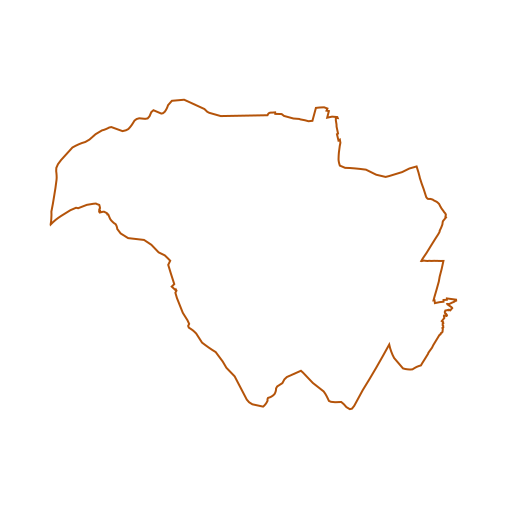 outline of Zorlentu Mare, Caras-Severin, Romania, rotated 78°
{"feature_id": "2599482B11018048570777", "entity_name": "Zorlentu Mare", "entity_type": "district", "adm_level": 2, "iso_a3": "ROU", "parent_name": "Romania", "parent_adm1": "Caras-Severin", "projection": "orthographic", "projection_center": [21.979, 45.459], "detail": "fine", "context": "isolated", "style": "outline", "palette": "amber", "viewbox_px": 512, "rotation_deg": 78, "n_neighbors": 0, "source": "geoboundaries", "source_scale": "gbopen_adm2", "svg_char_len": 5362}
<svg xmlns="http://www.w3.org/2000/svg" viewBox="0 0 512 512"><g transform="rotate(78 256 256)"><path d="M404.8,280.4L404.1,279.1L403.2,277.9L402.3,276.8L401.2,275.8L400.0,274.8L399.2,274.7L398.5,274.5L397.9,274.2L397.3,273.7L397.1,271.7L396.9,270.8L396.6,269.9L396.3,269.1L395.9,268.2L395.4,267.4L394.9,266.6L393.8,265.7L392.5,264.9L391.2,264.3L389.7,263.9L388.0,262.4L385.8,256.6L382.6,253.9L380.8,251.0L377.6,235.9L379.8,234.3L392.0,226.8L402.5,218.0L405.1,216.9L407.6,216.1L410.3,215.4L412.9,214.8L414.2,213.0L415.5,208.9L416.5,203.0L417.9,201.9L419.4,200.8L421.0,199.9L422.6,199.0L425.3,196.1L425.3,193.9L423.0,191.1L409.4,179.5L399.8,170.4L390.1,161.5L380.3,152.8L370.3,144.1L373.9,144.0L377.5,143.6L381.0,143.0L384.5,142.1L396.5,135.6L397.6,133.4L398.4,131.2L399.1,128.8L399.4,126.5L398.6,124.3L397.9,122.0L397.5,119.7L397.3,117.4L395.5,115.8L391.9,112.3L387.3,107.9L386.6,107.6L385.1,106.0L382.3,102.9L380.0,101.1L374.7,96.1L371.5,93.1L371.5,92.9L371.2,92.5L371.1,92.0L371.0,91.8L370.8,91.6L370.5,91.5L370.3,91.5L370.1,91.3L369.8,90.9L369.7,90.6L369.5,89.9L368.9,89.3L367.5,88.9L367.1,88.7L366.0,88.4L365.5,88.4L365.2,88.6L365.0,88.2L364.9,87.9L364.7,87.6L364.1,87.6L363.6,87.5L363.3,87.4L363.0,87.5L362.7,87.8L361.5,87.6L361.2,87.5L360.9,87.4L360.9,87.1L360.8,86.8L360.6,86.8L360.1,86.9L359.6,86.7L359.2,86.9L358.9,87.3L358.3,87.8L355.8,84.7L355.4,84.7L355.1,84.6L354.6,84.7L354.0,84.7L353.5,84.6L353.3,84.4L353.4,83.7L353.9,82.9L354.3,82.1L354.2,81.9L353.7,81.5L352.9,81.8L352.4,82.0L352.1,82.1L351.7,82.4L351.4,82.7L351.1,83.0L350.8,83.0L350.2,83.0L349.8,82.9L349.3,82.5L348.7,82.1L348.8,80.8L348.7,79.8L349.1,79.1L348.9,78.7L348.7,78.4L349.2,77.9L349.6,77.4L349.3,76.9L348.0,75.3L347.8,74.9L347.5,74.9L346.6,75.5L343.1,78.8L342.7,78.9L342.7,78.5L343.1,77.5L343.1,76.8L342.8,75.5L342.4,74.0L342.1,72.4L341.9,71.5L341.6,71.4L341.4,70.8L341.4,70.3L341.4,69.8L341.3,69.5L340.3,69.4L337.2,78.1L338.5,78.4L338.0,81.7L339.7,82.1L339.3,86.2L339.3,90.8L336.4,90.6L336.3,91.6L333.0,89.9L326.3,86.3L319.0,82.5L314.3,80.6L307.3,77.1L299.8,73.7L299.3,76.2L299.0,77.5L298.8,78.3L298.2,80.8L297.7,83.0L297.3,85.6L296.8,87.2L296.6,88.4L296.6,89.1L296.3,90.1L296.1,90.7L295.8,91.7L295.4,92.6L295.4,95.2L295.3,95.4L293.0,93.3L288.4,88.5L282.0,82.4L276.3,76.9L272.8,73.4L271.0,71.8L270.3,71.3L270.0,71.2L269.5,71.1L268.6,70.4L266.9,69.1L264.5,67.5L263.8,67.1L261.8,66.4L261.1,66.1L260.6,65.7L257.8,62.2L257.7,62.3L257.5,62.7L257.3,62.7L256.7,62.4L256.4,62.1L256.1,62.0L255.8,62.0L255.4,62.0L255.0,61.8L254.9,61.7L254.4,61.8L253.7,62.0L253.1,62.3L252.8,62.5L252.1,62.9L251.0,63.3L249.3,64.1L247.7,64.8L247.3,64.9L246.3,65.2L245.9,65.4L245.0,65.6L243.9,65.9L243.1,66.1L241.1,67.5L240.3,68.3L239.6,69.2L239.0,70.0L238.4,70.7L237.5,71.5L237.0,72.5L236.5,73.3L236.2,74.6L236.0,75.5L235.7,76.2L235.4,76.4L234.0,77.2L232.2,77.4L225.3,78.1L219.6,78.9L215.6,79.3L213.9,79.5L212.3,79.5L210.5,79.6L208.1,79.7L204.9,80.0L201.8,80.3L202.3,87.8L204.3,95.6L205.5,109.3L205.6,112.8L201.5,121.5L194.4,130.5L192.4,136.3L190.9,141.0L189.5,145.7L188.3,150.5L185.0,155.2L183.9,155.3L182.4,155.4L180.9,155.4L179.4,155.3L178.3,155.1L175.1,154.3L172.0,153.4L168.9,152.3L165.8,151.2L162.8,149.9L159.6,149.8L160.2,151.3L153.7,151.5L153.3,150.3L149.2,150.3L146.3,150.3L144.0,149.9L139.9,149.7L137.5,149.2L138.1,147.4L137.0,147.6L135.5,152.6L135.5,157.6L129.4,154.6L128.5,156.8L126.6,155.5L124.7,158.5L124.0,162.8L123.9,163.6L123.6,166.6L135.5,172.7L135.3,174.6L135.1,176.6L133.5,179.7L133.1,180.6L131.6,184.2L130.9,185.3L129.3,190.8L124.8,199.5L122.5,201.4L122.0,203.4L121.0,207.6L119.5,207.4L119.2,209.7L118.8,211.9L118.8,213.2L119.4,214.4L120.7,215.5L111.8,261.4L106.2,272.0L104.8,273.7L101.5,275.9L88.2,293.8L86.7,306.0L90.2,310.7L91.7,311.6L93.1,312.6L94.4,313.7L95.7,315.0L95.9,315.2L97.0,317.3L97.0,319.0L92.1,326.0L93.5,328.5L97.2,331.1L98.9,333.4L98.8,335.9L97.0,341.6L97.2,344.3L98.3,346.7L100.2,348.5L102.1,350.4L103.8,352.4L105.3,354.5L106.0,357.1L106.1,360.6L99.8,370.7L99.8,372.9L100.3,374.7L100.7,376.6L101.0,378.6L101.1,380.5L103.5,387.6L107.5,394.7L109.0,399.3L109.3,402.8L109.9,406.2L110.7,409.6L111.7,413.0L121.5,426.6L125.0,430.6L128.3,433.0L131.4,433.8L133.6,434.0L135.8,434.3L138.0,434.7L140.1,435.3L147.7,438.0L155.2,440.9L162.6,443.8L170.0,446.9L173.2,447.5L176.3,448.3L179.5,449.2L182.4,450.3L182.5,450.3L180.7,447.5L179.0,444.5L177.6,441.5L176.3,438.3L172.6,428.0L171.4,422.0L172.3,420.0L172.0,418.3L170.8,410.8L171.1,404.2L171.4,401.7L172.3,400.6L173.4,398.7L174.7,398.6L176.0,398.6L176.7,398.6L177.8,399.6L179.0,399.9L179.3,399.3L179.3,399.1L179.6,399.1L179.6,399.4L179.9,399.6L180.2,399.9L180.3,400.1L180.6,400.0L181.0,399.8L180.9,396.6L181.1,395.4L182.8,393.3L183.0,393.0L184.4,392.7L184.4,392.3L184.6,391.9L189.3,391.0L191.0,390.3L192.6,389.3L194.0,388.3L194.8,387.6L195.5,386.8L196.9,386.3L198.2,386.1L199.5,386.0L200.7,386.1L205.8,383.7L211.9,377.4L217.0,362.2L223.3,356.0L232.2,350.5L236.4,345.1L238.9,343.4L240.1,342.6L242.8,340.9L246.4,343.7L255.6,342.9L266.5,341.8L268.4,344.8L272.4,342.0L272.0,341.4L273.4,341.0L273.8,341.4L275.2,342.5L280.6,342.1L296.4,339.4L304.6,336.4L308.5,335.5L310.3,336.9L312.1,336.6L313.8,334.9L315.5,333.3L317.4,331.9L319.4,330.6L329.5,326.8L332.6,324.1L335.7,321.3L338.7,318.4L341.6,315.4L352.3,310.5L359.2,308.2L369.3,301.9L394.5,294.9L397.6,293.2L400.3,290.4L404.8,280.4Z" fill="none" stroke="#b45309" stroke-width="2"/></g></svg>